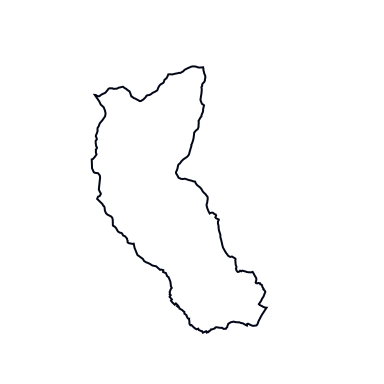 Halmagel, Arad, Romania (Robinson projection), rotated 312°
{"feature_id": "2599482B92000052387360", "entity_name": "Halmagel", "entity_type": "district", "adm_level": 2, "iso_a3": "ROU", "parent_name": "Romania", "parent_adm1": "Arad", "projection": "robinson", "projection_center": [22.664, 46.307], "detail": "fine", "context": "isolated", "style": "outline", "palette": "ink", "viewbox_px": 384, "rotation_deg": 312, "n_neighbors": 0, "source": "geoboundaries", "source_scale": "gbopen_adm2", "svg_char_len": 5932}
<svg xmlns="http://www.w3.org/2000/svg" viewBox="0 0 384 384"><g transform="rotate(312 192 192)"><path d="M264.5,142.9L264.5,142.7L264.4,141.8L264.2,140.3L264.9,138.9L265.8,137.1L266.3,136.5L268.4,135.1L271.1,133.4L272.6,132.3L274.8,130.6L276.3,128.8L277.6,128.6L278.6,127.7L279.5,127.4L281.0,127.4L281.7,127.5L283.5,127.0L284.1,126.4L286.1,125.3L287.4,123.8L288.2,121.9L289.1,120.7L290.3,118.8L291.3,118.0L291.5,117.4L292.1,116.8L291.5,116.3L289.9,114.7L288.7,113.3L288.4,112.5L288.0,111.3L286.8,109.6L285.7,108.4L285.2,108.0L284.5,107.5L283.5,107.1L281.4,106.1L280.4,105.7L278.0,104.8L276.7,104.7L275.8,104.7L273.9,104.1L272.6,103.6L271.8,102.6L270.1,101.5L269.6,101.1L268.9,100.5L266.2,98.7L265.4,97.7L263.6,95.7L261.6,96.4L259.2,97.0L258.7,96.7L257.6,96.6L257.0,96.5L254.5,97.6L253.7,97.6L252.5,97.2L251.1,96.7L249.4,96.6L247.9,96.9L247.1,97.1L244.5,98.1L243.5,98.0L241.8,97.4L240.7,97.0L240.1,96.7L239.2,96.4L238.3,96.2L237.5,96.1L236.7,95.9L236.0,95.6L235.4,95.3L234.7,94.7L234.1,94.2L233.9,94.0L233.5,94.0L233.0,93.9L232.6,93.8L232.1,94.0L231.0,94.1L227.9,93.9L227.4,93.7L225.6,93.2L224.6,92.4L224.3,90.8L223.8,88.9L223.4,87.2L222.8,85.8L222.8,84.5L222.8,83.8L222.4,83.1L223.1,81.8L224.2,79.9L224.9,78.4L224.9,77.5L224.7,76.9L224.7,75.9L224.5,75.0L224.7,74.1L224.4,73.7L224.3,73.2L224.2,72.2L224.1,71.8L224.1,70.9L224.1,70.5L223.8,70.0L223.3,69.7L222.1,68.9L220.6,67.8L219.0,67.2L218.5,67.0L217.4,65.9L216.7,65.2L216.0,64.4L215.7,63.3L214.5,62.1L213.9,61.3L213.1,61.0L212.4,60.9L211.6,61.0L210.9,61.1L210.2,61.1L209.3,61.1L208.6,61.2L208.0,61.2L206.8,60.8L206.0,60.5L205.3,60.1L204.5,59.8L204.1,59.6L202.0,59.2L201.3,59.1L200.8,58.8L200.6,58.4L200.3,58.0L199.8,56.6L199.8,56.1L199.7,55.6L199.1,54.8L197.3,62.4L195.9,65.7L195.9,69.6L194.3,72.8L192.5,75.3L190.0,76.8L185.3,77.4L181.4,77.5L177.9,78.8L176.4,79.0L175.1,80.0L174.2,81.0L172.0,82.0L169.8,82.7L169.0,83.3L168.5,84.6L167.6,86.0L165.6,86.2L164.4,87.2L162.9,88.9L162.5,89.5L161.8,90.3L161.5,91.6L160.7,92.1L159.1,92.2L158.3,93.1L157.6,93.6L156.8,94.4L156.1,95.9L153.1,96.3L150.4,96.3L149.1,95.7L142.7,101.9L141.0,105.8L141.4,107.2L143.1,109.6L142.6,112.4L141.3,114.0L131.5,121.1L130.5,123.3L130.0,125.0L129.5,125.6L127.2,126.1L125.6,125.3L123.4,126.1L123.1,133.6L122.4,135.2L122.6,136.2L121.9,137.5L119.9,139.7L118.7,142.2L118.6,144.2L119.7,148.3L119.5,149.9L118.5,151.5L114.2,155.6L114.1,156.5L114.6,157.4L114.4,159.6L113.9,161.1L113.2,163.1L113.2,164.1L113.4,165.2L114.4,167.2L114.0,169.0L113.6,169.9L114.3,172.0L113.9,174.9L113.1,175.8L112.8,176.7L111.5,177.8L111.6,179.1L112.6,180.8L113.8,182.7L114.6,183.3L112.1,186.6L108.7,193.6L109.2,198.4L109.4,200.2L108.7,202.4L108.8,203.5L109.1,205.2L109.6,206.1L110.4,208.9L110.9,211.8L112.8,215.1L112.8,220.4L113.7,220.9L114.6,222.8L114.7,223.0L113.2,224.0L113.3,224.4L114.3,226.8L112.8,229.9L113.0,231.7L110.9,235.9L109.5,237.6L107.9,239.3L107.5,240.1L107.3,241.0L107.0,241.2L105.7,241.2L104.8,241.5L104.0,241.9L102.7,242.3L102.2,243.2L100.9,244.0L101.1,244.9L101.1,245.2L99.1,245.5L98.7,249.0L97.2,249.0L96.8,251.1L96.7,254.6L98.4,254.6L98.2,257.6L97.2,257.4L97.2,258.0L97.8,258.1L97.7,259.7L97.4,260.0L97.0,260.6L97.2,261.6L97.7,263.6L97.6,265.5L97.8,266.5L96.5,267.8L96.7,268.8L96.7,270.5L96.0,271.4L95.5,272.9L95.4,273.7L95.5,274.3L95.8,274.6L95.6,274.7L95.5,274.9L95.1,275.4L94.3,276.4L93.0,277.7L92.6,278.0L92.2,278.7L91.9,280.0L92.8,280.6L92.7,281.5L92.6,284.3L92.7,285.0L92.7,286.0L93.0,287.2L93.8,287.7L94.6,288.1L94.0,289.3L94.8,291.8L95.3,292.6L94.7,294.2L97.9,295.6L97.4,297.0L99.0,297.4L98.9,297.8L100.1,298.0L101.1,298.2L102.0,298.3L102.4,298.0L103.5,298.9L105.6,300.1L105.9,300.2L106.6,300.0L107.4,300.3L107.9,300.7L108.7,301.9L109.6,303.4L110.7,304.6L111.3,305.5L111.3,306.5L111.4,307.0L112.6,308.2L113.0,308.7L114.0,308.5L114.4,308.5L115.0,308.6L115.4,308.4L115.9,308.1L116.4,307.9L117.2,307.6L117.8,307.4L118.1,307.2L118.7,307.2L119.1,307.4L119.8,307.6L120.7,307.8L121.5,308.2L122.5,309.0L123.4,309.5L124.0,310.6L124.2,311.1L124.6,311.7L125.2,312.4L126.2,313.7L126.8,314.3L127.0,315.0L127.4,316.0L128.2,317.3L128.5,318.0L129.3,321.7L129.5,322.2L130.8,321.3L131.6,321.7L132.5,324.9L133.3,326.9L134.9,328.3L136.0,329.2L137.6,329.1L140.5,327.9L145.9,326.5L147.6,326.1L155.9,324.8L154.9,323.4L154.3,321.8L153.9,319.8L153.3,318.0L153.4,316.7L157.4,316.2L159.5,315.5L162.2,315.1L165.5,313.8L166.6,313.5L167.2,312.8L167.5,310.0L168.0,309.9L168.5,307.9L169.6,306.4L169.5,305.6L169.4,304.9L169.1,304.5L169.7,303.7L168.7,302.1L168.1,301.9L167.2,300.8L167.2,300.4L167.3,299.9L169.4,298.8L170.6,297.9L171.3,296.5L171.6,295.2L171.9,294.3L172.6,292.5L173.2,290.5L171.8,289.7L170.2,287.7L169.3,286.4L168.7,284.9L167.8,283.1L167.2,282.0L166.7,281.8L166.1,281.7L165.9,280.9L165.7,280.4L164.8,280.5L163.5,279.8L163.2,279.5L163.3,278.1L163.7,277.1L164.4,276.1L164.6,275.8L165.4,275.7L166.2,275.0L167.2,273.1L169.2,271.0L170.2,269.9L171.3,269.3L171.5,268.6L170.8,264.9L169.3,263.8L168.8,261.9L169.5,258.3L170.0,256.4L171.5,252.1L172.9,250.0L175.8,245.9L177.5,243.2L179.2,241.7L181.4,237.9L183.0,235.9L184.5,234.5L185.9,232.4L187.5,231.0L189.2,230.6L189.5,230.2L189.2,229.5L188.6,227.5L188.8,226.3L190.7,225.7L191.1,224.7L190.6,223.3L190.6,221.5L189.9,220.5L188.6,219.6L187.9,219.5L188.6,217.4L190.2,214.2L191.2,212.6L192.4,211.2L194.3,210.4L195.5,209.5L197.0,208.6L198.7,207.0L199.5,203.2L199.4,201.2L199.9,198.6L200.5,197.2L200.8,194.4L200.6,192.8L200.6,190.5L201.2,188.4L201.8,187.4L200.8,185.8L199.9,183.6L199.1,182.4L197.1,177.8L195.6,176.6L194.5,175.2L193.6,172.5L194.6,169.9L195.3,167.5L196.3,166.7L197.9,166.3L199.9,165.4L202.6,163.8L203.8,163.6L204.8,163.8L205.4,163.9L207.5,163.6L210.2,163.7L215.2,164.9L217.7,164.7L222.7,162.2L226.1,160.6L226.4,160.0L228.5,159.4L231.1,158.2L232.8,157.3L235.7,155.3L237.6,153.9L240.6,153.8L242.6,154.2L244.4,153.5L248.4,150.3L249.2,149.3L253.2,148.4L254.2,148.5L254.6,148.4L255.3,147.7L259.0,146.4L261.4,144.6L264.5,142.9Z" fill="none" stroke="#020617" stroke-width="2"/></g></svg>